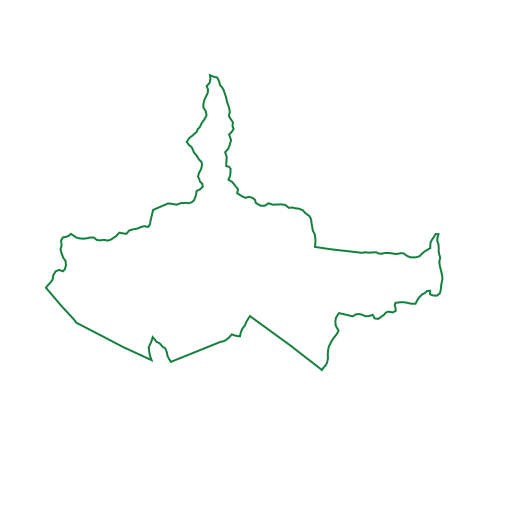 Aracoiaba, Ceará, Brazil, rotated 297°
{"feature_id": "56859067B24661252724236", "entity_name": "Aracoiaba", "entity_type": "district", "adm_level": 2, "iso_a3": "BRA", "parent_name": "Brazil", "parent_adm1": "Ceará", "projection": "orthographic", "projection_center": [-38.671, -4.503], "detail": "fine", "context": "isolated", "style": "outline", "palette": "green", "viewbox_px": 512, "rotation_deg": 297, "n_neighbors": 0, "source": "geoboundaries", "source_scale": "gbopen_adm2", "svg_char_len": 3753}
<svg xmlns="http://www.w3.org/2000/svg" viewBox="0 0 512 512"><g transform="rotate(297 256 256)"><path d="M250.3,143.4L239.2,146.1L236.3,147.1L232.9,146.7L231.9,143.0L229.5,140.2L226.5,137.8L224.3,134.8L221.3,131.5L216.9,130.5L215.7,127.0L214.7,123.6L210.3,122.4L206.8,120.4L204.4,119.0L202.4,116.9L201.4,113.2L199.1,109.9L198.0,106.6L198.9,103.5L197.4,100.2L195.1,97.4L193.2,94.6L191.7,91.2L190.9,87.4L191.3,84.1L191.7,81.1L188.7,79.8L186.6,77.8L185.1,75.6L181.4,75.2L177.0,78.1L173.4,78.7L170.5,81.1L166.9,85.1L165.0,88.7L161.3,90.9L157.5,91.7L154.7,90.9L154.2,86.8L151.2,84.4L146.5,84.1L142.7,85.5L139.1,84.9L136.1,84.0L132.4,83.2L123.1,105.4L118.8,117.2L116.8,122.6L115.0,126.3L114.8,150.8L114.8,155.6L114.6,175.9L114.6,180.4L115.8,210.2L118.8,207.0L122.0,204.4L126.0,201.9L129.3,201.7L132.4,201.6L136.8,200.8L135.7,203.6L134.4,206.0L134.5,209.7L132.8,213.9L132.4,217.2L129.8,220.2L127.0,222.3L125.1,224.8L123.0,228.2L163.1,263.1L165.8,266.3L168.5,267.9L171.8,269.2L175.1,270.0L175.8,274.4L177.1,278.2L180.7,277.2L184.9,276.8L189.2,277.6L193.3,277.3L196.9,277.6L199.7,277.9L191.8,327.6L188.1,346.8L184.4,366.6L187.3,366.8L190.0,367.6L193.0,367.8L197.3,366.6L201.6,364.3L205.9,362.6L208.7,362.0L211.8,362.0L214.5,362.0L217.7,362.3L221.0,363.0L224.1,363.5L227.2,363.3L228.6,360.9L230.5,358.3L234.2,356.2L237.4,355.3L240.1,355.5L242.8,355.9L246.2,369.6L249.4,371.5L251.0,374.1L251.8,376.8L252.0,380.7L253.5,383.7L256.6,386.7L254.2,390.0L255.4,393.4L261.8,396.8L264.5,397.4L266.5,399.1L267.8,403.4L270.4,405.4L273.1,403.9L274.9,402.0L277.5,401.5L280.6,406.0L281.8,408.6L282.8,411.3L283.8,415.6L285.9,419.8L288.6,419.8L292.0,419.9L297.0,421.3L299.7,423.3L302.4,424.3L304.1,426.9L300.9,428.5L301.2,431.5L302.7,435.1L306.5,436.8L310.2,435.8L313.7,434.4L316.6,433.5L320.3,432.5L323.7,430.2L326.6,427.8L328.9,425.8L331.5,423.6L334.4,421.8L338.2,420.9L340.5,418.6L342.8,416.8L346.1,415.2L349.6,413.0L351.5,410.7L354.5,409.4L358.3,408.7L357.1,406.1L353.4,405.8L350.4,405.4L347.4,405.4L344.7,406.4L342.1,407.7L339.7,406.1L336.8,404.3L333.8,403.0L329.9,401.7L327.1,398.6L324.9,394.1L324.7,390.2L325.3,386.4L324.2,383.6L322.4,381.5L321.0,379.0L320.2,376.4L319.2,373.4L317.3,369.5L314.8,366.6L313.9,364.0L313.9,361.4L312.3,358.6L310.2,355.0L308.8,351.4L307.0,349.1L296.0,319.7L290.9,304.5L293.6,303.3L297.0,301.9L299.5,300.2L302.4,298.1L304.4,295.1L307.3,293.0L310.1,290.8L313.6,288.5L315.8,285.5L316.5,281.1L318.0,276.9L317.6,272.4L316.3,269.3L315.8,266.6L313.8,263.3L314.8,258.9L313.5,255.1L311.3,251.2L309.2,247.3L308.7,243.2L304.8,241.0L303.0,237.7L303.0,234.3L303.4,231.4L305.5,229.8L306.2,226.8L305.5,222.8L303.0,220.2L302.9,215.8L303.4,210.7L307.3,209.7L309.3,205.3L311.2,201.1L311.5,196.8L315.6,196.5L318.7,195.4L322.1,193.8L323.2,191.4L322.6,188.6L325.5,187.2L328.2,186.2L331.4,184.6L334.4,181.4L339.0,182.6L342.2,182.3L345.0,181.7L347.7,181.3L349.8,179.2L352.1,176.8L355.3,178.0L358.9,178.4L361.0,176.1L364.6,174.8L366.9,170.6L368.6,168.2L372.0,167.4L375.0,165.5L377.5,163.1L379.6,160.7L381.8,159.0L384.5,156.6L387.1,153.9L389.0,152.0L390.8,149.3L391.9,146.4L395.0,143.7L397.4,140.4L396.5,136.7L396.2,132.9L393.3,134.9L388.9,136.1L385.0,134.9L382.5,137.7L379.2,139.0L375.3,139.0L371.2,139.2L367.3,140.2L364.3,141.8L362.3,145.4L359.0,148.0L354.3,148.0L349.6,147.3L345.5,147.4L342.7,146.6L339.5,146.7L337.0,145.7L334.3,144.7L330.9,143.0L326.2,142.5L324.5,145.7L323.8,149.1L322.1,151.4L320.1,153.7L318.5,157.4L316.2,161.3L314.9,164.9L312.9,166.5L308.5,167.6L303.9,167.5L300.5,168.3L298.7,170.5L296.8,172.4L296.0,175.3L293.7,177.1L290.0,175.9L287.0,173.5L283.4,174.8L280.0,175.3L277.3,175.5L274.5,174.2L272.5,172.1L271.1,168.5L268.6,164.6L265.6,161.9L264.8,158.9L263.9,156.3L262.7,153.6L250.3,143.4Z" fill="none" stroke="#15803d" stroke-width="2"/></g></svg>